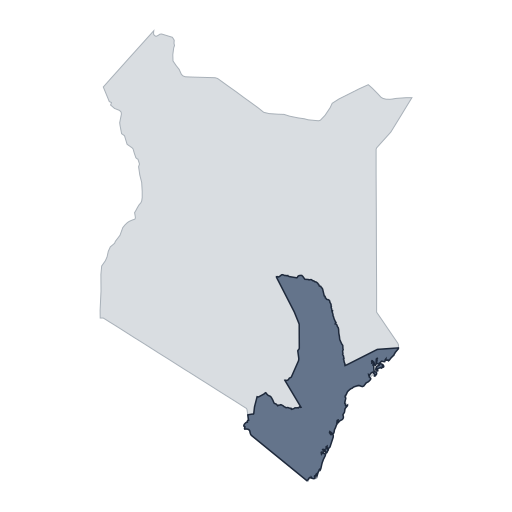 where Coast sits in Kenya
{"feature_id": "KEN-1193", "entity_name": "Coast", "entity_type": "Province", "adm_level": 1, "iso_a3": "KEN", "parent_name": "Kenya", "parent_adm1": "", "projection": "robinson", "projection_center": [39.627, -2.351], "detail": "fine", "context": "in_parent", "style": "filled", "palette": "slate", "viewbox_px": 512, "rotation_deg": 0, "n_neighbors": 0, "source": "natural_earth", "source_scale": "10m", "svg_char_len": 8836}
<svg xmlns="http://www.w3.org/2000/svg" viewBox="0 0 512 512"><path d="M100.2,318.0L100.1,310.5L101.0,291.3L100.9,274.4L101.7,266.0L105.4,260.7L107.1,256.8L108.3,251.3L110.3,246.9L114.6,243.3L115.4,241.3L120.0,235.3L122.8,227.6L124.9,225.0L127.5,222.5L129.4,221.3L132.4,220.0L134.8,219.2L135.2,218.6L135.4,217.4L134.6,212.6L135.6,211.0L137.3,207.8L139.1,204.8L140.8,202.9L141.7,201.0L142.2,197.6L142.2,195.2L142.2,191.3L141.7,182.5L139.8,175.0L138.6,166.7L139.5,164.0L137.9,159.1L137.2,158.9L135.9,157.8L134.3,153.2L133.1,149.0L132.3,148.0L127.1,144.3L124.5,135.7L121.6,133.7L120.0,125.2L119.7,122.7L121.4,114.2L121.2,112.2L119.5,110.4L114.6,108.5L110.6,105.0L111.1,103.8L111.4,102.5L109.3,101.6L103.3,87.0L111.1,78.2L119.1,69.3L129.2,58.0L138.5,47.7L146.6,38.7L153.8,30.7L153.6,32.2L153.6,34.3L154.5,35.5L156.0,36.4L158.0,35.5L159.9,34.2L161.6,34.0L172.4,37.3L174.2,40.2L174.0,43.3L174.5,45.6L173.7,47.8L172.8,54.7L173.0,61.0L176.2,65.7L179.1,69.3L181.4,74.4L183.1,76.0L185.5,76.8L192.9,77.1L203.8,77.4L214.4,77.7L215.4,77.8L217.6,78.5L227.3,85.5L236.2,91.8L243.7,97.4L251.1,102.7L258.2,107.9L263.7,112.3L269.1,113.6L277.9,114.2L284.0,114.4L289.7,116.2L298.1,117.9L304.4,118.8L308.1,119.8L318.6,120.8L320.4,120.2L325.0,115.4L330.2,107.6L332.2,103.3L338.9,99.0L350.7,93.1L359.0,88.9L368.3,84.7L372.4,88.3L378.2,94.2L380.8,97.1L382.9,98.4L386.0,99.2L389.9,99.3L392.0,99.1L396.2,98.4L406.2,97.7L411.9,97.7L407.1,105.5L401.4,114.9L390.8,132.1L382.7,141.1L376.6,147.9L376.1,149.2L376.1,156.8L376.1,175.4L376.3,212.7L376.4,250.0L376.6,287.3L376.6,305.9L376.6,312.2L382.0,320.0L387.2,327.7L394.1,337.8L397.8,343.2L398.5,345.1L398.3,348.7L392.6,356.3L387.9,359.7L381.6,361.4L379.7,361.1L377.3,360.0L376.3,361.8L375.6,364.6L374.2,364.1L373.1,363.2L373.8,368.3L374.4,370.7L373.5,374.1L370.4,377.1L370.1,379.5L363.5,386.0L354.2,386.8L349.3,390.0L347.1,392.6L345.4,398.4L346.0,407.3L343.4,414.1L342.9,417.5L338.1,421.9L335.9,426.0L334.3,430.1L333.0,431.9L331.3,441.2L329.1,446.8L328.5,448.7L327.9,450.4L326.2,453.7L325.0,455.9L324.2,457.4L318.5,471.8L314.1,478.3L310.6,477.6L308.3,480.1L308.0,481.3L306.8,480.6L303.9,478.2L297.9,473.3L291.9,468.5L285.9,463.6L279.9,458.7L273.9,453.8L267.9,448.9L261.9,444.0L255.9,439.1L252.4,436.2L250.8,434.6L249.6,431.2L249.0,430.3L247.4,429.3L245.6,429.0L245.0,428.4L245.0,426.8L245.7,424.4L247.9,419.9L248.1,417.3L247.7,414.3L247.0,409.5L246.4,408.4L242.4,405.9L234.1,400.6L225.8,395.4L217.4,390.1L209.1,384.8L200.8,379.6L192.5,374.3L184.1,369.1L175.8,363.8L167.5,358.5L159.1,353.3L150.8,348.0L142.5,342.7L134.1,337.5L125.8,332.2L117.5,326.9L109.1,321.7L106.0,319.7L103.2,318.0L100.2,318.0ZM377.2,369.2L375.8,369.6L376.5,367.0L380.8,363.8L382.6,364.5L382.9,365.3L382.8,365.9L382.1,366.6L377.2,369.2Z" fill="#d9dde1" stroke="#a8b0b8" stroke-width="1"/><path d="M398.4,347.9L398.4,348.7L395.4,352.2L394.0,354.6L393.8,355.4L392.9,356.0L390.7,358.3L389.3,360.2L388.5,360.8L387.9,359.9L387.2,360.3L386.5,360.2L386.0,359.7L386.0,358.7L385.2,359.7L385.1,360.7L384.7,361.7L383.6,361.6L381.7,361.2L381.2,361.5L380.5,362.5L379.4,363.0L378.6,364.1L378.0,364.0L377.1,363.5L376.8,363.0L376.6,362.4L376.7,361.7L377.1,360.5L376.9,359.4L377.1,358.8L377.7,357.8L376.3,359.0L376.1,364.2L375.3,365.4L374.6,364.8L373.9,362.1L372.7,361.2L372.4,360.7L372.0,360.6L371.6,361.2L371.8,361.8L371.9,362.4L371.8,363.0L372.5,362.7L373.0,362.8L373.3,363.3L373.4,364.0L373.3,364.3L373.0,364.6L372.9,364.8L373.0,365.3L373.6,365.4L373.7,365.7L373.8,369.0L374.0,370.7L374.5,371.8L374.9,371.9L375.8,371.9L376.3,372.2L376.6,372.9L376.7,373.4L376.3,374.5L375.3,375.9L374.4,376.1L374.3,375.6L375.6,374.8L374.9,374.6L374.4,374.1L373.4,373.0L373.3,372.7L373.3,372.3L372.9,372.1L372.1,372.4L371.1,373.0L370.2,374.2L369.4,375.0L368.6,374.5L368.7,375.3L369.0,375.6L369.5,375.9L369.1,376.7L369.4,377.3L370.5,378.1L370.8,378.8L370.3,379.8L369.2,381.0L368.0,382.0L366.2,382.8L363.8,386.0L362.4,386.6L361.2,386.3L360.1,385.7L358.8,385.4L357.6,385.6L353.6,387.0L352.0,388.3L351.0,388.6L349.9,389.4L347.9,391.2L347.5,391.8L347.1,392.4L346.4,394.2L345.2,395.9L345.1,396.7L345.1,397.0L345.7,397.9L345.8,398.2L345.6,399.2L344.8,402.1L344.7,403.5L345.6,404.2L345.4,405.4L345.8,405.9L346.6,405.8L347.5,405.1L347.5,405.6L347.2,406.1L345.8,407.6L345.0,408.8L344.8,409.4L344.6,411.6L344.4,412.4L343.0,414.5L343.0,415.1L343.4,416.7L343.4,417.6L343.2,418.2L342.8,418.9L342.4,419.4L341.8,419.8L339.9,420.8L339.4,421.2L338.5,422.4L338.0,422.9L337.3,423.0L337.6,422.3L338.0,420.6L338.1,420.0L337.4,420.2L337.1,420.6L337.0,422.2L336.7,423.3L337.0,424.1L336.3,425.3L335.5,427.7L334.5,429.6L334.1,432.1L333.7,433.2L333.2,433.7L332.8,433.8L332.0,433.3L331.3,432.5L330.0,432.4L330.2,431.8L329.8,431.5L329.5,432.3L329.6,433.0L330.1,433.4L330.9,433.3L330.4,434.0L330.6,434.5L331.1,434.7L332.5,434.1L332.9,434.4L333.2,435.1L333.3,435.8L333.2,437.2L330.0,447.0L329.0,448.1L327.9,448.3L327.1,447.6L327.1,446.1L326.3,446.7L326.0,447.0L326.8,448.7L327.1,449.1L328.0,449.0L328.4,449.3L328.3,450.0L327.5,451.1L327.3,451.8L326.7,452.8L326.3,453.0L325.9,452.8L325.7,451.8L325.4,451.5L325.1,451.0L325.2,450.0L325.1,449.4L324.5,450.0L323.4,449.4L323.0,449.3L322.6,449.7L323.0,450.1L324.5,450.6L324.2,451.4L323.8,451.8L322.6,452.1L321.4,452.1L321.2,452.4L321.3,453.3L321.5,454.2L322.1,453.4L323.4,453.3L324.7,453.7L325.5,454.5L325.3,455.6L323.4,459.4L322.1,463.0L320.9,468.4L320.4,469.7L320.1,469.1L319.7,469.1L319.1,470.0L319.0,470.3L319.1,470.8L318.3,471.8L316.9,476.4L316.7,475.6L316.8,474.3L316.7,473.7L316.2,474.1L315.3,476.1L314.9,475.9L314.6,475.9L314.5,476.5L314.6,476.9L315.2,477.9L314.8,478.5L313.5,478.7L312.0,478.3L311.1,477.0L310.8,477.9L309.7,477.5L308.8,478.4L308.1,479.7L307.3,480.3L306.9,480.4L306.8,480.6L251.4,435.4L250.8,434.6L250.4,433.7L249.8,431.0L249.5,430.3L248.9,429.7L248.2,429.3L247.4,429.1L246.5,429.0L244.7,429.1L244.5,428.5L245.0,426.9L244.8,426.6L244.2,426.5L243.9,426.2L243.8,425.7L244.1,424.7L244.3,424.3L244.9,423.6L245.7,422.8L246.7,422.2L247.4,422.2L247.4,421.4L247.5,420.8L247.9,420.4L248.6,420.3L247.8,414.9L248.5,414.7L252.1,414.1L253.4,414.1L253.7,413.7L253.8,413.2L254.5,406.9L257.1,396.7L258.1,397.0L259.0,396.7L263.8,394.1L264.7,393.4L265.1,393.0L265.3,392.8L265.6,392.7L266.1,393.0L267.0,394.3L268.2,395.4L270.3,396.3L271.2,397.2L272.8,400.1L274.0,403.0L274.5,403.4L276.4,404.2L277.8,405.8L278.1,405.5L278.4,405.2L279.3,405.1L280.0,405.1L280.5,404.7L281.3,404.8L283.3,405.9L284.1,406.7L285.1,407.1L285.9,407.7L286.4,407.7L287.7,407.5L288.2,407.6L289.3,408.1L291.2,408.3L291.4,408.6L291.3,409.3L291.5,409.4L292.3,409.2L292.8,408.9L293.8,408.7L294.8,407.9L295.2,407.8L296.3,407.9L297.4,407.7L298.0,407.9L298.4,407.9L299.2,407.1L299.4,406.9L299.8,407.0L300.5,407.4L301.0,407.3L284.8,380.2L285.0,380.1L285.6,380.3L286.7,380.4L287.6,380.2L288.4,379.6L289.3,378.2L289.8,377.9L290.8,377.5L291.4,376.9L298.5,360.8L298.7,359.8L298.8,358.6L297.8,351.1L297.8,350.6L299.1,348.9L299.3,348.3L299.2,324.4L298.9,323.4L294.3,312.0L276.5,277.3L276.5,276.7L277.2,276.8L277.6,276.6L278.5,277.0L279.6,276.4L281.6,274.8L282.7,274.7L285.0,275.6L285.9,275.4L286.4,275.7L287.1,275.7L287.8,275.5L288.0,275.9L288.4,276.2L289.4,276.6L296.7,277.8L297.2,277.6L298.1,276.1L298.5,275.9L299.1,275.6L300.4,275.4L301.6,275.4L301.9,275.5L302.2,275.9L302.8,276.4L304.9,279.3L308.3,279.5L309.0,279.9L310.5,279.6L311.3,279.6L311.9,280.0L312.7,280.7L313.9,280.9L314.4,281.4L314.5,281.6L316.1,282.0L316.6,282.3L317.8,283.3L318.1,284.0L318.7,284.4L319.3,286.0L319.8,286.2L320.3,286.2L320.7,286.3L321.4,287.5L322.0,288.0L322.6,289.0L324.1,295.3L324.3,296.0L324.8,296.1L325.1,296.5L325.2,297.0L325.3,297.7L325.5,297.7L326.6,299.3L327.1,299.5L328.1,299.6L328.7,299.9L329.2,300.3L329.6,300.8L329.8,301.4L329.8,302.2L331.0,304.2L331.1,305.9L331.4,306.3L331.1,306.9L331.2,307.6L331.7,309.0L331.8,310.4L331.9,310.9L332.5,310.8L332.4,311.5L332.2,312.1L332.4,312.5L333.0,314.5L333.0,315.7L333.5,316.6L334.0,318.6L335.4,321.7L336.0,322.4L335.4,323.1L335.2,323.9L336.0,324.0L336.7,324.6L337.1,325.5L337.3,326.5L338.2,327.6L338.6,329.3L338.8,333.1L339.1,334.8L339.4,336.3L339.7,339.2L339.8,339.7L341.7,343.9L342.5,345.0L342.8,345.6L342.9,348.5L343.2,349.7L343.1,350.0L342.7,350.6L342.6,351.3L342.9,353.3L342.9,353.7L342.6,354.1L342.7,354.5L342.8,354.9L343.4,355.7L343.8,357.8L344.0,358.4L343.4,359.0L343.8,359.7L344.2,362.1L345.0,364.1L344.8,364.5L345.0,365.6L347.1,364.7L377.3,349.4L398.4,347.9ZM379.6,364.4L380.0,363.8L381.1,363.9L382.2,364.3L383.0,364.8L383.8,366.2L383.5,367.1L382.8,367.3L382.3,366.3L382.2,367.3L382.1,367.7L381.7,367.9L381.5,368.1L381.3,368.2L381.0,368.1L380.6,367.5L379.4,367.9L378.0,368.8L377.6,368.5L377.3,368.5L377.0,368.9L376.9,369.5L377.1,369.9L377.8,370.5L377.7,370.9L377.2,370.9L376.9,370.6L376.7,370.2L376.6,369.7L375.8,369.9L375.8,368.9L376.2,367.5L376.8,366.5L377.5,366.0L378.4,365.7L379.2,365.3L379.6,364.4Z" fill="#64748b" stroke="#1e293b" stroke-width="1.5"/></svg>